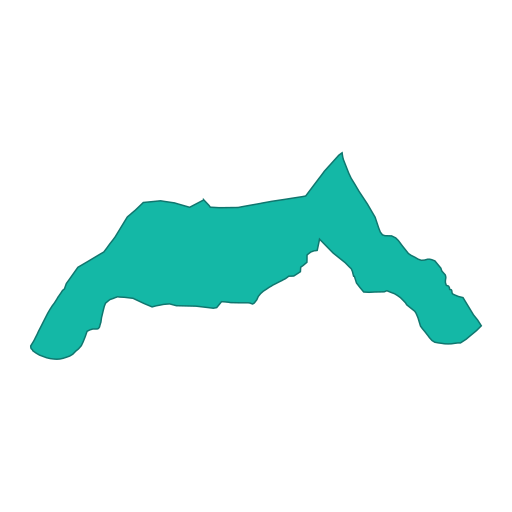 Ad Dohi, Al Hudaydah, Yemen (Equal Earth projection)
{"feature_id": "15242507B68430322217319", "entity_name": "Ad Dohi", "entity_type": "district", "adm_level": 2, "iso_a3": "YEM", "parent_name": "Yemen", "parent_adm1": "Al Hudaydah", "projection": "equal_earth", "projection_center": [43.199, 15.222], "detail": "fine", "context": "isolated", "style": "filled", "palette": "teal", "viewbox_px": 512, "rotation_deg": 0, "n_neighbors": 0, "source": "geoboundaries", "source_scale": "gbopen_adm2", "svg_char_len": 4028}
<svg xmlns="http://www.w3.org/2000/svg" viewBox="0 0 512 512"><path d="M203.6,199.7L203.6,200.0L189.6,207.3L186.9,206.5L185.1,206.0L184.8,205.9L177.8,203.9L174.5,202.9L164.3,201.4L160.6,200.8L143.3,202.5L140.1,205.6L135.3,210.2L132.4,212.6L129.9,214.8L128.2,216.2L127.3,217.0L124.9,220.9L121.0,227.3L118.2,231.9L115.7,236.0L115.3,236.7L113.1,239.7L109.8,243.9L107.2,247.5L107.0,247.8L103.8,252.0L100.5,253.9L90.8,259.7L88.3,261.2L82.5,264.6L77.9,267.3L68.4,280.7L66.5,283.3L66.2,283.9L64.4,289.0L63.4,289.7L62.5,290.5L60.3,293.9L59.9,294.4L58.5,296.5L58.2,296.8L56.7,299.4L54.2,303.3L52.4,305.6L50.1,309.2L47.8,313.1L45.8,317.0L43.0,322.5L41.5,325.5L40.0,328.4L38.5,331.3L37.2,334.2L35.2,338.1L34.6,339.4L33.5,341.4L30.9,345.6L30.7,346.0L30.9,347.9L31.2,348.7L31.6,349.0L32.5,349.9L32.7,350.6L33.0,350.9L36.1,353.1L39.5,355.1L43.0,356.4L46.5,357.7L50.3,358.6L53.7,359.0L55.0,359.1L56.9,359.2L59.9,359.0L63.1,358.3L66.8,357.1L69.8,356.0L72.8,354.2L75.8,351.1L78.5,348.9L79.9,347.3L81.3,345.7L83.2,341.7L84.1,339.4L85.2,336.7L86.9,331.8L87.1,331.3L89.8,329.9L92.8,329.0L95.8,329.0L97.5,328.9L98.4,328.5L99.5,327.0L100.0,325.0L100.9,322.1L101.5,317.7L103.3,310.2L104.3,306.3L105.5,303.2L106.8,302.1L109.8,299.6L113.9,298.2L114.4,297.9L117.8,296.7L119.0,297.0L124.6,297.3L133.0,298.3L143.8,303.4L152.1,306.9L156.2,305.8L160.0,305.1L163.4,304.4L166.6,304.1L169.7,303.9L176.4,305.7L176.5,305.7L176.9,305.7L193.9,306.1L194.9,306.1L196.4,306.2L196.5,306.2L213.4,308.2L215.6,307.8L216.7,307.6L221.5,301.7L221.9,301.7L225.5,301.9L226.0,302.0L228.5,302.2L229.9,302.5L230.5,302.6L240.1,302.8L244.8,302.8L248.3,302.8L250.3,303.1L251.0,303.5L252.7,304.0L253.3,303.6L254.3,303.0L254.6,302.6L255.0,302.1L256.7,299.9L256.8,299.8L258.3,296.4L260.1,294.2L260.7,293.5L263.3,291.2L266.4,289.2L269.3,287.2L271.3,286.1L272.8,285.1L275.8,283.6L278.9,282.0L282.2,280.4L282.4,280.2L285.4,278.7L288.0,276.8L288.5,276.3L288.6,276.2L291.9,276.1L293.8,276.0L298.0,273.3L300.4,271.7L300.7,267.2L303.1,265.5L306.9,262.3L307.0,259.2L307.0,255.1L308.2,254.0L310.8,252.0L313.0,251.2L314.0,250.8L316.1,250.6L317.2,250.4L319.1,241.4L319.5,239.1L333.1,253.0L345.2,262.7L349.1,266.7L351.3,268.8L352.4,271.4L353.6,276.2L354.4,276.4L356.5,283.0L359.8,287.3L363.7,292.0L369.1,292.3L374.7,292.0L380.1,291.9L384.3,291.8L386.9,290.7L387.8,291.1L391.0,292.4L394.5,293.7L397.3,295.4L400.4,297.6L403.0,300.2L405.5,302.8L406.7,304.8L414.7,311.2L415.8,312.8L416.6,314.5L418.0,317.8L419.2,321.8L420.5,326.1L422.4,328.7L425.0,331.8L427.3,334.8L427.6,335.1L429.4,337.6L432.0,340.5L434.1,341.8L434.7,342.2L438.4,342.9L441.5,343.3L444.0,343.7L444.9,343.8L448.1,343.9L451.1,343.8L451.4,343.8L454.8,343.3L458.0,342.9L460.5,342.9L466.2,339.2L469.0,336.8L476.5,330.6L477.3,329.8L481.3,325.8L477.6,320.0L473.5,314.9L471.2,311.1L463.0,297.6L458.5,296.5L454.8,295.0L453.3,294.3L452.5,293.7L452.1,293.0L451.9,291.8L451.8,290.8L451.4,289.9L450.9,289.6L450.3,289.5L449.8,289.5L449.5,289.0L449.5,288.2L449.3,287.4L449.0,286.9L448.6,286.2L447.9,285.8L447.3,285.7L446.5,285.4L446.1,284.9L445.7,283.5L445.4,282.5L445.4,280.8L445.6,279.1L445.8,278.0L445.8,277.2L445.6,276.0L445.2,274.8L443.4,272.8L441.9,271.1L441.3,269.6L440.9,268.2L434.9,260.9L431.8,259.7L429.7,259.2L427.7,259.2L424.4,260.1L421.2,260.3L419.4,259.6L418.2,259.2L415.0,257.3L411.0,255.3L408.4,253.5L402.2,245.7L398.4,240.6L395.7,237.9L391.6,235.9L384.9,235.7L382.4,234.8L381.6,233.7L380.3,232.1L378.7,228.0L375.1,217.2L370.6,209.5L367.4,204.0L359.1,191.5L356.5,187.1L354.2,183.2L353.5,182.1L351.1,178.2L348.7,173.1L343.4,159.6L342.8,157.3L342.4,155.0L342.1,152.8L341.5,153.2L338.8,155.2L324.1,171.5L323.9,171.9L320.3,176.7L318.5,179.0L318.3,179.3L313.6,185.5L312.4,187.1L311.5,188.3L309.3,191.2L305.7,196.0L302.0,196.7L291.6,198.3L285.3,199.3L273.2,201.1L270.7,201.5L269.8,201.7L261.9,203.1L261.2,203.3L256.2,204.2L255.6,204.3L249.9,205.3L241.1,206.9L240.2,207.1L238.1,207.5L228.5,207.6L228.3,207.6L222.3,207.7L219.0,207.7L215.9,207.5L210.3,207.2L209.0,205.4L203.6,199.7Z" fill="#14b8a6" stroke="#0f766e" stroke-width="1.5"/></svg>